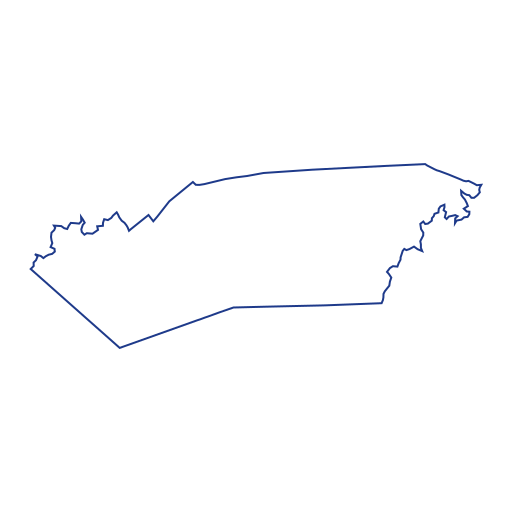 outline of Urupá, Rondônia, Brazil
{"feature_id": "56859067B96121006788603", "entity_name": "Urupá", "entity_type": "district", "adm_level": 2, "iso_a3": "BRA", "parent_name": "Brazil", "parent_adm1": "Rondônia", "projection": "orthographic", "projection_center": [-62.372, -11.115], "detail": "fine", "context": "isolated", "style": "outline", "palette": "blue", "viewbox_px": 512, "rotation_deg": 0, "n_neighbors": 0, "source": "geoboundaries", "source_scale": "gbopen_adm2", "svg_char_len": 2211}
<svg xmlns="http://www.w3.org/2000/svg" viewBox="0 0 512 512"><path d="M471.2,182.2L468.5,180.9L466.1,181.3L463.4,180.7L460.8,179.5L453.7,176.6L448.6,174.5L439.5,171.1L436.8,170.3L434.4,169.2L427.2,165.5L425.2,164.1L401.3,165.2L386.1,165.9L312.3,169.7L263.5,173.0L247.1,176.0L236.5,177.3L225.1,179.1L204.4,184.1L199.4,184.9L195.8,184.8L192.9,182.0L187.5,186.4L178.7,193.6L169.3,201.3L157.3,216.6L153.3,221.3L148.5,215.0L130.8,229.2L129.0,230.8L127.7,227.5L126.5,225.4L124.5,222.8L121.7,220.7L119.3,217.4L118.1,214.7L116.7,212.3L113.0,215.6L111.3,217.9L107.9,220.1L104.2,219.2L103.0,222.8L102.9,225.8L97.2,226.3L98.0,229.9L92.5,233.7L86.8,233.2L84.4,234.7L81.8,232.0L81.3,229.3L82.8,224.8L84.7,222.7L83.0,219.7L81.1,216.9L81.3,221.4L79.1,223.6L75.2,223.2L70.8,222.9L68.8,225.7L67.2,229.0L64.2,228.2L61.3,226.1L53.9,225.6L55.2,227.8L54.2,230.1L51.5,232.7L51.0,236.9L51.5,240.3L52.3,243.1L50.6,247.1L54.5,248.8L54.8,251.6L52.1,253.9L48.7,254.7L45.7,256.3L43.4,258.1L40.8,256.0L34.9,254.2L37.6,256.4L36.0,260.2L33.6,262.5L33.7,266.0L30.7,269.0L119.7,347.9L197.2,320.3L200.3,319.3L205.1,317.5L207.8,316.6L219.6,312.3L233.5,307.5L265.5,306.7L323.2,305.4L326.5,305.3L381.6,303.2L382.9,300.1L383.4,297.5L383.5,293.9L384.8,291.3L386.4,289.3L389.3,285.7L389.9,281.6L391.3,277.6L388.9,274.0L387.0,271.9L389.9,268.1L392.9,266.2L397.4,266.6L398.7,263.1L400.5,259.7L400.6,257.3L401.8,253.7L402.7,250.9L404.3,248.9L406.4,250.1L409.4,249.1L414.0,246.6L417.6,249.2L422.2,251.1L420.9,247.9L420.9,244.4L420.3,241.2L421.7,238.4L423.2,235.5L423.3,232.6L421.1,229.2L420.3,223.9L423.3,221.5L425.2,224.0L427.9,223.6L431.8,220.7L431.9,218.2L433.7,216.2L434.5,213.8L438.4,212.5L438.8,208.7L440.5,206.4L444.4,204.7L444.5,207.1L443.6,210.2L446.1,212.1L444.8,217.3L446.6,219.0L448.9,216.5L451.9,215.9L455.2,215.1L457.6,216.2L455.2,218.4L455.0,223.2L456.6,220.6L459.0,220.1L461.5,219.6L464.1,217.3L467.6,216.9L469.3,214.2L469.4,211.7L466.8,211.5L463.8,208.7L467.9,206.1L466.8,203.2L464.9,199.5L462.9,197.2L461.4,195.1L461.1,190.8L464.3,193.5L466.7,194.8L469.3,195.2L471.4,197.8L474.1,197.8L477.4,195.2L479.8,192.3L479.2,189.9L479.7,187.6L481.3,184.8L476.8,185.2L474.2,183.7L471.2,182.2Z" fill="none" stroke="#1e3a8a" stroke-width="2"/></svg>